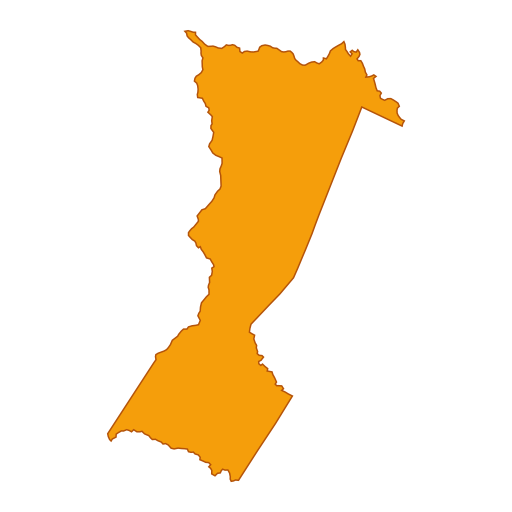 Pequizeiro, Tocantins, Brazil (Mercator projection)
{"feature_id": "56859067B87843438844420", "entity_name": "Pequizeiro", "entity_type": "district", "adm_level": 2, "iso_a3": "BRA", "parent_name": "Brazil", "parent_adm1": "Tocantins", "projection": "mercator", "projection_center": [-48.925, -8.4], "detail": "fine", "context": "isolated", "style": "filled", "palette": "amber", "viewbox_px": 512, "rotation_deg": 0, "n_neighbors": 0, "source": "geoboundaries", "source_scale": "gbopen_adm2", "svg_char_len": 4392}
<svg xmlns="http://www.w3.org/2000/svg" viewBox="0 0 512 512"><path d="M343.9,41.6L341.6,43.7L338.6,45.3L335.8,46.9L333.2,48.5L330.4,50.9L329.4,53.6L328.0,56.2L326.4,58.8L323.4,58.0L323.3,60.2L321.6,62.1L319.2,63.8L316.9,63.0L314.6,61.7L311.5,62.1L308.7,63.2L305.2,65.2L302.6,65.1L299.9,63.7L297.6,61.5L296.0,60.2L294.7,58.5L294.0,56.2L293.2,54.0L291.9,52.5L290.2,51.1L287.9,51.1L285.9,51.7L283.8,52.0L281.5,51.6L279.1,49.9L276.8,48.3L274.7,48.2L272.5,47.7L270.3,46.2L267.9,45.5L265.1,45.0L261.8,45.7L259.7,47.2L259.0,49.2L258.1,51.2L255.7,51.6L253.6,52.0L250.7,51.9L247.2,51.1L244.4,51.5L242.3,53.1L239.9,51.5L239.6,48.1L237.0,47.3L234.7,45.3L232.5,44.7L230.5,45.3L228.5,45.4L226.3,44.9L224.6,46.5L221.8,48.4L218.3,48.0L215.5,46.8L213.0,46.1L210.8,46.3L207.8,46.4L204.6,44.1L202.1,41.4L199.8,39.6L197.4,37.0L195.5,34.9L195.5,32.3L193.1,32.2L190.4,31.3L188.1,30.7L184.9,31.3L186.6,33.2L187.1,35.9L188.6,37.8L190.7,39.6L193.1,42.0L196.0,43.6L198.3,45.3L200.7,47.7L201.1,51.1L201.0,53.2L201.3,55.3L202.9,57.9L202.1,60.8L202.2,63.7L202.3,66.8L202.9,69.7L201.3,72.6L198.8,74.7L196.3,76.2L195.0,78.2L194.4,81.1L196.7,83.1L197.7,85.7L198.1,89.2L197.9,92.3L197.3,94.5L197.7,97.5L199.7,97.8L202.4,98.3L203.6,100.9L205.3,103.6L206.0,106.3L208.7,107.8L209.2,110.2L207.9,112.2L211.0,115.1L212.3,116.6L211.7,120.7L212.1,123.9L211.0,125.6L210.9,128.4L212.2,130.3L213.7,132.3L213.0,136.4L212.1,140.3L209.6,143.8L208.8,146.6L211.1,150.1L212.8,153.0L215.8,155.3L219.2,156.7L222.0,158.0L222.1,163.4L221.2,166.1L220.0,168.8L219.7,171.5L220.7,175.5L221.1,186.1L220.0,189.0L217.6,191.2L215.0,194.8L214.1,197.8L211.8,201.4L209.6,203.8L205.3,208.7L201.9,209.8L200.3,211.9L197.1,216.0L198.3,219.2L198.4,221.3L193.7,227.1L191.6,228.7L189.8,230.8L188.5,232.6L188.5,235.5L190.4,237.6L192.3,239.6L194.8,241.1L195.9,243.0L196.5,245.7L198.5,247.8L200.3,246.7L201.3,249.4L203.1,251.7L204.8,254.6L206.5,257.9L210.2,259.0L211.8,261.9L213.6,264.7L214.0,266.7L211.8,268.1L212.3,271.5L211.6,275.3L209.4,277.3L209.5,279.9L209.6,282.5L208.5,285.3L208.2,287.3L209.0,289.9L209.0,294.3L206.4,296.8L201.5,302.8L200.5,307.0L200.2,311.2L198.8,313.3L197.9,315.8L200.3,320.4L198.5,324.7L196.0,325.3L192.1,325.8L188.5,326.9L186.9,329.1L183.5,329.1L181.3,331.1L178.7,334.3L177.7,336.2L172.3,340.3L170.4,344.7L168.3,347.7L166.6,349.6L164.2,351.0L158.2,353.2L155.9,354.6L155.5,356.6L156.0,359.7L153.7,363.0L107.7,433.7L108.3,436.6L109.6,439.5L111.1,441.0L112.3,439.0L116.0,437.1L116.2,434.1L118.4,432.6L121.4,430.9L123.5,431.0L126.7,429.7L129.3,430.5L131.5,431.8L133.7,429.7L136.9,431.8L139.9,431.8L142.0,431.3L144.5,433.8L146.5,434.7L148.8,435.6L150.5,437.8L152.3,439.5L155.5,439.3L157.7,440.6L161.3,442.1L163.0,444.0L165.7,443.6L168.3,445.0L171.1,448.2L174.1,448.9L178.1,448.1L181.4,448.5L184.7,448.7L187.4,449.1L188.5,451.7L191.0,452.3L193.4,452.1L195.0,453.9L198.3,454.9L200.2,457.3L199.9,459.7L203.4,461.2L205.7,462.3L208.7,462.6L210.7,464.7L208.8,466.8L210.6,468.3L211.8,470.5L211.7,473.9L215.0,475.8L217.5,473.3L220.3,472.9L221.2,470.8L222.6,469.2L225.0,470.1L227.9,470.0L229.6,473.1L230.3,476.7L230.2,479.1L231.2,481.3L233.5,480.9L235.5,480.0L238.5,480.3L257.5,450.7L275.4,423.6L292.4,396.0L288.2,393.9L285.3,392.1L281.7,390.4L283.5,388.7L281.7,385.9L278.8,385.7L276.7,385.7L275.2,384.1L276.5,382.1L274.7,378.0L272.8,374.5L272.0,371.9L269.4,371.4L267.2,371.0L267.7,368.6L265.1,366.6L262.5,364.1L260.8,365.4L258.8,363.7L258.7,361.5L261.0,360.3L263.5,357.1L262.0,355.6L259.1,355.3L257.2,353.6L257.6,351.6L256.3,347.9L256.6,345.4L255.1,342.8L253.8,338.9L254.6,335.2L252.2,333.9L249.4,332.2L249.9,328.4L251.0,324.2L269.0,305.2L279.9,293.9L293.5,277.8L297.6,268.5L302.6,256.5L305.4,249.9L312.0,233.7L315.4,224.3L319.1,214.5L341.3,158.1L352.5,131.1L361.8,107.0L402.1,126.1L402.7,123.6L404.3,120.9L401.1,119.3L399.3,117.1L398.1,115.4L397.1,113.0L397.0,110.2L397.4,108.1L399.3,106.3L398.0,103.2L396.0,101.7L393.2,99.9L390.8,98.6L387.8,98.7L384.7,100.3L382.6,99.4L380.5,98.3L379.9,95.6L381.3,93.1L379.7,91.2L377.2,90.8L375.9,87.5L375.3,84.7L374.5,81.8L373.5,78.4L376.0,76.4L373.8,74.9L371.5,76.1L369.0,76.8L365.9,77.1L366.9,74.9L365.4,72.2L364.7,68.9L363.5,66.3L362.4,63.3L360.8,60.7L358.2,60.7L357.0,58.9L359.0,56.5L359.9,54.4L359.5,52.4L357.8,49.8L356.2,52.1L353.8,51.6L352.2,50.3L350.2,51.9L352.1,53.8L350.6,56.2L348.5,54.0L346.9,51.4L345.5,49.5L345.4,47.4L345.0,44.3L343.9,41.6Z" fill="#f59e0b" stroke="#b45309" stroke-width="1.5"/></svg>